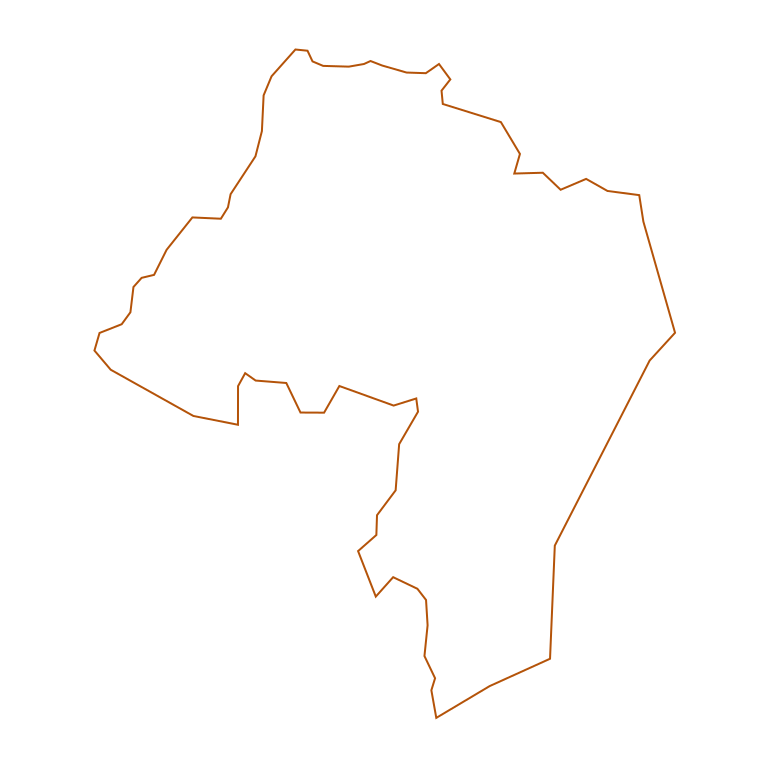 outline of Pakhtachi, Samarkand, Uzbekistan, rotated 271°
{"feature_id": "79887680B26985573212547", "entity_name": "Pakhtachi", "entity_type": "district", "adm_level": 2, "iso_a3": "UZB", "parent_name": "Uzbekistan", "parent_adm1": "Samarkand", "projection": "mercator", "projection_center": [65.552, 39.873], "detail": "fine", "context": "isolated", "style": "outline", "palette": "amber", "viewbox_px": 768, "rotation_deg": 271, "n_neighbors": 0, "source": "geoboundaries", "source_scale": "gbopen_adm2", "svg_char_len": 1024}
<svg xmlns="http://www.w3.org/2000/svg" viewBox="0 0 768 768"><g transform="rotate(271 384 384)"><path d="M704.9,433.4L695.5,420.4L695.8,401.1L702.4,376.6L706.7,364.9L703.6,358.4L700.7,343.3L701.0,317.6L705.3,306.9L715.9,301.7L716.9,289.6L689.7,266.2L670.5,258.6L634.7,257.5L609.4,251.5L571.1,227.3L557.9,224.9L546.4,218.0L547.2,189.5L514.4,164.3L489.1,152.2L485.9,139.8L476.6,131.8L451.3,129.2L439.2,120.7L430.1,98.7L412.4,93.9L393.5,110.5L348.7,194.0L340.7,238.7L379.3,238.1L392.4,245.0L385.2,255.6L383.3,286.3L354.0,301.0L354.3,324.6L381.2,339.4L362.6,394.0L370.1,416.5L356.9,418.5L324.1,400.2L277.9,397.5L252.7,379.3L232.9,379.0L216.5,361.0L171.3,379.5L191.0,396.5L179.8,421.0L168.8,429.8L143.5,431.8L112.7,429.2L90.7,440.2L78.6,436.7L51.1,442.1L83.8,494.9L112.2,554.8L225.4,557.6L412.1,649.2L440.3,674.1L550.9,640.5L577.3,635.9L580.9,604.1L592.6,582.5L581.3,557.2L598.0,539.1L596.7,510.6L616.4,515.9L647.9,496.3L665.0,437.9L678.3,436.4L689.7,445.0L704.9,433.4Z" fill="none" stroke="#b45309" stroke-width="2"/></g></svg>